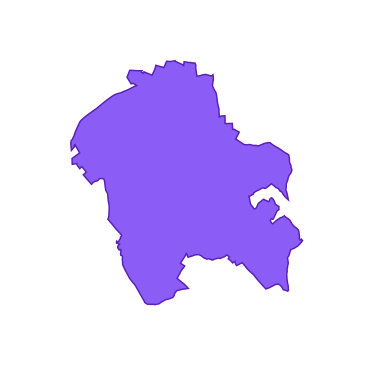 outline of Breaza, Mures, Romania, rotated 236°
{"feature_id": "2599482B97125721740240", "entity_name": "Breaza", "entity_type": "district", "adm_level": 2, "iso_a3": "ROU", "parent_name": "Romania", "parent_adm1": "Mures", "projection": "mercator", "projection_center": [24.592, 46.763], "detail": "fine", "context": "isolated", "style": "filled", "palette": "violet", "viewbox_px": 384, "rotation_deg": 236, "n_neighbors": 0, "source": "geoboundaries", "source_scale": "gbopen_adm2", "svg_char_len": 6025}
<svg xmlns="http://www.w3.org/2000/svg" viewBox="0 0 384 384"><g transform="rotate(236 192 192)"><path d="M278.6,271.9L281.2,269.6L282.1,268.6L282.4,268.1L283.3,265.9L284.0,263.3L285.2,260.9L285.4,261.0L287.5,261.9L293.3,264.7L294.8,266.0L297.2,266.6L298.0,265.5L298.6,264.8L299.3,263.8L299.7,263.6L300.4,263.0L300.4,262.6L304.4,258.3L301.6,255.8L302.3,255.6L303.9,254.8L309.6,251.2L310.4,251.4L311.2,249.3L311.9,247.8L313.0,246.1L314.6,244.1L310.9,238.3L317.2,232.9L314.5,229.8L311.2,224.2L318.4,219.4L318.1,219.1L317.6,218.3L319.1,217.2L319.4,217.0L320.4,218.0L320.5,218.2L324.4,212.8L325.0,212.1L326.8,209.7L327.7,208.4L324.8,204.3L323.6,202.3L315.7,202.0L314.9,204.1L311.2,205.6L311.5,204.5L311.9,201.6L312.1,200.4L312.3,198.0L312.6,195.9L313.5,191.6L314.0,188.8L314.4,187.4L314.8,186.5L315.6,183.6L315.8,182.6L316.0,181.3L316.0,178.2L315.9,174.0L315.5,168.5L314.6,159.3L314.5,154.7L314.3,147.7L313.9,143.6L313.5,140.5L313.0,138.8L312.4,137.5L308.2,130.6L305.3,126.4L304.8,126.3L303.9,124.3L302.6,122.5L302.4,122.0L302.4,121.2L302.2,120.7L301.7,120.2L300.4,119.0L299.4,118.3L293.9,115.3L294.0,115.7L294.3,116.4L295.1,119.3L295.4,120.0L295.7,120.3L296.4,120.4L296.6,120.8L296.7,121.5L287.2,120.7L286.9,111.3L281.9,108.2L280.0,112.3L278.3,111.8L274.1,112.0L274.8,114.5L274.5,114.8L274.1,114.9L268.3,115.5L267.5,115.3L267.1,111.5L254.6,113.0L255.2,115.6L255.2,116.3L255.0,117.6L254.2,119.7L254.3,120.7L254.6,122.0L254.6,122.9L254.4,123.7L253.9,124.5L253.0,125.2L252.6,125.7L251.8,126.2L249.9,125.6L244.7,122.9L244.0,122.6L241.8,121.5L238.5,121.2L236.8,120.6L234.5,119.3L231.0,117.4L227.2,115.8L224.6,114.1L218.7,109.7L217.8,108.8L216.4,107.0L209.8,107.8L203.8,108.3L197.6,109.3L196.5,109.4L195.3,109.3L194.8,108.8L194.6,107.8L194.2,107.1L193.3,106.5L192.8,104.8L192.3,104.0L191.9,102.9L191.8,102.6L193.4,102.1L193.1,101.7L192.1,101.0L191.7,100.9L190.6,101.9L189.2,102.8L189.1,102.6L188.6,100.1L187.4,99.3L186.7,99.2L184.7,99.2L184.5,99.5L184.4,100.4L184.1,100.8L183.9,100.8L182.4,99.7L181.5,98.9L179.7,97.6L179.3,97.6L178.9,98.1L178.3,98.4L177.4,98.2L176.5,97.7L174.9,96.4L173.0,95.5L171.3,94.3L169.6,93.7L167.4,93.4L165.3,93.0L155.3,92.0L151.1,92.2L147.6,92.7L145.5,92.7L128.6,91.4L126.9,91.0L124.5,92.0L123.7,92.5L121.7,95.3L120.3,97.5L119.5,98.0L117.7,102.3L117.8,103.4L117.9,105.8L117.5,109.4L117.3,110.3L116.6,112.1L115.9,114.4L115.3,117.3L115.7,118.3L116.1,119.2L117.7,121.2L118.3,123.0L118.6,123.6L118.7,124.7L118.4,125.0L116.8,129.7L115.7,131.7L114.1,135.0L119.4,134.2L127.6,131.7L128.9,131.5L129.5,132.9L131.0,135.6L131.4,136.6L132.1,137.5L132.4,138.3L132.9,139.3L133.2,140.3L133.7,141.4L133.9,142.6L134.8,144.6L139.4,142.6L142.7,150.3L143.9,152.6L144.2,152.9L143.8,153.0L140.5,152.3L140.0,152.3L139.6,154.1L138.6,157.3L138.1,159.6L136.5,162.3L136.2,162.6L134.8,163.6L133.9,164.0L130.7,165.0L128.3,166.6L127.9,167.0L127.7,167.9L127.3,168.5L126.9,168.9L126.3,169.2L125.6,169.9L124.7,170.3L123.9,171.6L123.9,172.6L123.6,173.7L123.2,174.6L122.6,176.5L122.2,177.3L121.3,177.9L121.1,178.3L121.0,179.5L120.6,181.2L120.2,182.5L120.2,183.6L120.4,185.7L117.2,186.7L116.3,184.6L113.9,185.5L112.5,185.8L110.5,186.0L110.5,188.7L109.9,188.3L108.1,187.9L106.1,187.8L105.3,194.1L101.2,194.6L97.9,194.8L93.8,195.5L89.9,196.6L88.7,196.8L84.7,197.1L81.4,197.4L70.4,199.0L69.4,202.6L69.0,206.4L68.6,209.6L68.1,210.8L67.6,211.7L67.3,212.1L66.5,212.6L65.2,213.1L62.5,213.3L60.0,213.0L59.1,213.9L56.3,215.9L56.4,216.7L57.1,217.4L58.4,218.0L58.8,218.3L60.5,219.3L61.7,219.8L62.8,220.1L65.0,221.3L66.9,222.1L67.5,222.6L68.0,222.8L70.9,224.6L72.0,225.5L72.7,226.4L74.4,227.3L76.1,229.0L77.6,230.3L78.5,231.4L79.5,232.2L81.3,233.1L82.1,233.5L83.6,234.0L84.0,234.2L84.2,234.6L84.5,235.5L84.9,236.3L85.9,237.9L88.4,240.7L88.8,241.5L88.8,242.0L88.8,242.8L88.3,244.8L88.2,246.1L88.1,248.2L88.1,249.5L88.7,252.8L89.1,253.9L89.2,254.4L89.1,254.5L90.1,256.6L91.1,256.0L91.4,256.3L91.8,256.2L91.4,255.7L91.7,254.9L92.4,254.8L93.3,254.9L93.6,255.0L94.5,255.9L98.1,257.8L100.8,259.0L102.7,258.6L106.3,257.5L107.8,257.2L109.9,257.0L111.5,257.3L112.3,257.2L113.7,257.4L114.5,257.3L115.4,257.0L117.9,256.0L120.0,255.3L120.6,255.3L120.8,251.9L121.1,251.3L121.3,250.2L121.2,248.6L121.2,246.8L121.2,246.0L120.5,241.2L121.4,240.7L124.4,240.8L125.3,242.4L125.2,242.9L124.6,243.5L124.2,243.8L124.1,244.1L128.9,252.2L128.9,252.7L128.7,254.1L128.8,254.3L130.4,255.2L131.4,256.0L133.8,254.8L135.4,254.3L136.0,254.4L136.6,254.7L137.8,255.0L139.3,255.2L141.0,255.2L142.5,254.9L142.8,254.6L142.8,254.3L142.7,253.8L142.8,253.3L141.1,250.4L141.1,250.1L141.5,249.8L143.0,249.1L144.1,248.1L145.7,247.6L145.9,247.4L146.0,246.8L145.7,244.0L145.6,241.2L145.0,239.7L143.8,238.0L143.2,237.0L142.8,235.7L142.7,235.2L143.0,234.6L143.1,234.2L143.6,234.0L146.1,234.0L147.8,233.8L149.5,233.9L151.6,234.7L154.2,235.9L156.6,236.8L156.3,237.2L156.2,237.7L156.2,239.2L155.9,240.9L155.8,241.6L156.3,242.1L156.6,242.4L156.7,242.9L156.9,242.9L156.8,245.8L156.4,248.1L156.0,252.7L155.8,253.2L154.1,254.5L153.9,255.1L154.0,258.0L154.2,260.5L154.5,262.3L153.4,262.8L150.1,263.8L149.4,263.9L148.8,264.0L147.2,265.2L146.4,265.5L143.6,265.5L142.0,266.3L141.1,266.5L139.1,266.3L136.4,266.4L134.2,266.8L131.6,267.5L138.2,270.2L140.6,270.8L141.6,271.2L142.9,272.5L144.7,273.8L145.5,274.2L146.2,274.9L148.0,277.6L149.7,279.3L151.4,281.6L152.4,284.4L153.3,285.9L154.2,286.9L155.3,287.5L157.2,287.9L158.3,288.7L159.2,289.0L161.1,289.2L162.3,289.6L163.7,290.4L164.9,291.2L168.7,293.0L172.8,291.0L177.4,289.3L180.4,288.0L183.9,286.2L186.3,285.2L189.2,284.3L190.2,283.0L191.8,279.3L193.0,273.1L193.8,272.0L194.5,271.5L194.9,271.0L196.1,269.2L196.6,268.6L199.1,266.4L199.6,265.5L200.1,264.4L200.8,263.3L202.3,261.7L205.7,260.2L207.9,259.4L211.5,257.9L215.2,264.6L219.9,262.3L220.4,262.1L221.3,260.8L226.3,263.8L230.2,257.7L236.8,262.0L238.7,258.6L239.0,256.7L243.2,259.1L245.7,260.8L250.5,262.5L259.4,266.9L260.7,267.3L266.3,267.9L269.0,268.6L271.6,270.9L273.0,272.4L274.6,273.4L277.5,275.0L277.3,273.5L277.4,273.3L277.6,272.9L278.6,271.9Z" fill="#8b5cf6" stroke="#5b21b6" stroke-width="1.5"/></g></svg>